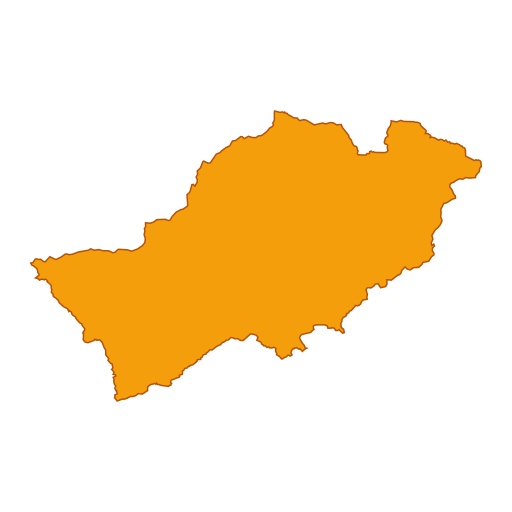 Barbosa, Antioquia, Colombia (Albers equal-area conic projection)
{"feature_id": "7082276B32709171288134", "entity_name": "Barbosa", "entity_type": "district", "adm_level": 2, "iso_a3": "COL", "parent_name": "Colombia", "parent_adm1": "Antioquia", "projection": "albers", "projection_center": [-75.359, 6.439], "detail": "fine", "context": "isolated", "style": "filled", "palette": "amber", "viewbox_px": 512, "rotation_deg": 0, "n_neighbors": 0, "source": "geoboundaries", "source_scale": "gbopen_adm2", "svg_char_len": 6053}
<svg xmlns="http://www.w3.org/2000/svg" viewBox="0 0 512 512"><path d="M306.7,348.2L305.1,347.7L304.4,345.6L302.3,343.1L300.0,339.1L299.6,337.4L300.8,335.2L302.4,334.3L310.7,332.4L312.8,330.2L314.0,329.5L313.4,328.1L313.4,325.9L314.7,325.1L317.1,324.9L324.6,324.8L327.3,325.9L327.9,328.2L331.2,328.2L331.8,327.7L334.3,328.2L335.6,330.5L337.2,330.6L339.0,329.7L342.6,333.2L344.3,332.6L343.6,329.2L341.5,327.7L341.0,325.8L340.9,323.5L341.8,321.4L342.1,318.9L343.3,317.4L345.7,316.3L346.8,314.6L346.3,314.0L346.6,313.6L348.8,312.8L349.3,311.2L351.3,310.5L355.7,305.4L357.5,305.9L358.8,305.4L360.7,303.9L361.6,301.5L363.1,300.0L367.3,299.2L366.8,297.6L367.4,294.3L366.2,290.6L366.2,289.2L367.1,288.0L368.5,287.6L370.8,288.0L373.7,286.2L375.4,284.2L376.3,283.9L378.1,283.8L380.6,287.7L385.6,286.6L387.0,284.1L386.8,279.8L391.4,280.1L397.2,275.6L399.8,274.4L400.9,273.2L402.0,270.1L405.1,267.0L407.4,269.2L410.2,269.9L413.6,267.7L418.7,267.4L421.9,264.4L423.0,262.4L428.6,261.3L431.6,256.7L433.9,254.9L434.0,253.4L432.4,250.8L432.3,249.5L432.7,247.8L434.5,245.9L433.8,244.1L431.9,245.5L431.4,244.2L431.3,242.8L432.9,239.1L431.9,235.4L435.4,229.7L437.7,227.9L440.2,224.8L441.9,221.2L441.8,219.4L440.7,217.3L441.1,212.1L440.8,209.3L443.8,203.4L446.9,202.7L452.4,199.1L455.1,198.4L455.6,197.8L455.2,195.8L453.7,194.0L452.0,189.8L449.7,186.8L450.0,184.5L450.9,183.3L453.6,182.3L456.0,180.5L459.5,178.8L462.9,179.2L465.7,177.6L469.7,178.1L475.5,177.6L475.7,175.7L479.3,171.5L479.8,168.3L481.3,166.6L480.9,161.8L480.0,160.8L478.6,160.0L477.0,160.3L476.2,159.8L474.3,160.5L465.7,156.1L465.4,149.8L464.6,147.9L462.9,147.4L462.2,146.1L460.9,146.0L459.6,144.8L456.5,143.4L455.0,144.0L451.6,143.1L450.5,143.5L449.6,141.8L447.7,142.2L445.9,140.0L444.5,141.0L441.5,139.4L440.1,139.4L438.7,140.2L434.5,137.8L431.4,137.1L430.1,137.5L430.7,135.9L430.3,135.3L427.9,133.6L425.3,133.5L426.2,131.5L426.0,130.4L420.8,125.7L420.1,123.4L417.6,122.3L415.4,122.3L414.1,121.7L403.7,121.4L400.9,120.4L396.7,121.9L391.1,120.8L391.2,122.5L390.2,126.1L388.4,128.3L386.8,132.3L386.9,133.6L387.9,134.8L387.8,136.1L385.4,138.1L384.3,142.1L384.7,143.7L387.0,144.5L387.7,145.3L387.2,147.7L388.0,150.6L386.8,152.0L384.5,152.6L374.6,152.4L373.8,151.8L372.2,152.1L371.1,151.1L369.7,151.6L369.4,153.5L367.0,153.6L365.7,155.1L358.0,154.8L357.3,153.4L358.1,150.9L357.3,149.6L356.9,147.2L356.2,146.4L354.3,146.0L353.4,145.0L352.1,142.6L351.3,140.1L349.0,137.4L348.6,135.3L342.4,127.5L341.2,124.5L336.6,124.8L333.3,122.9L330.6,122.5L325.6,123.9L322.7,123.0L314.3,124.9L306.1,120.1L303.6,119.7L299.6,120.6L297.1,118.0L293.9,117.9L287.7,114.3L286.9,113.2L285.0,113.1L284.7,112.1L283.8,112.6L282.4,111.9L280.1,112.4L274.7,111.0L274.3,112.2L274.4,119.4L273.9,121.4L272.8,123.0L273.4,125.3L272.4,126.5L269.7,128.0L267.1,131.3L262.5,134.9L260.9,135.7L258.4,135.9L256.0,137.6L252.4,137.5L248.4,136.3L244.3,138.6L242.2,136.7L240.7,136.6L235.7,140.5L232.5,141.0L229.7,145.9L226.3,147.4L221.6,150.8L220.0,152.6L216.3,154.1L210.3,162.9L207.8,163.1L203.8,161.1L203.0,161.5L200.4,167.9L197.2,171.1L197.7,174.1L196.1,177.0L197.3,179.6L197.1,182.3L194.9,186.1L193.3,184.4L191.9,184.6L190.1,191.3L189.3,192.7L187.0,194.6L187.7,205.1L187.3,206.2L183.0,209.2L180.8,209.6L176.0,212.3L172.2,216.4L169.9,220.4L167.9,220.4L165.4,219.3L157.5,219.6L156.5,219.8L153.8,222.0L150.2,223.2L145.5,222.8L145.6,226.7L144.4,228.6L144.9,231.0L144.1,234.8L145.3,238.3L144.9,242.5L142.5,245.6L137.5,249.0L131.7,251.2L127.2,249.8L118.7,249.3L117.3,250.0L115.2,252.1L113.1,252.8L108.7,250.8L102.9,250.7L98.7,249.6L93.9,250.2L90.7,248.8L88.5,250.2L78.7,251.9L72.6,254.2L69.0,254.7L67.1,254.0L65.2,254.1L61.4,256.9L56.3,259.4L55.1,259.3L49.9,256.7L45.1,261.9L43.5,261.5L40.7,259.3L38.2,259.4L36.3,258.8L35.1,259.3L33.0,262.5L30.7,263.1L31.9,265.2L33.4,265.8L36.6,268.4L37.7,270.7L37.8,272.4L39.0,274.3L38.9,275.4L35.5,277.9L37.9,278.6L39.5,280.1L41.6,279.1L44.5,279.8L44.9,279.2L46.2,279.6L47.5,280.8L47.1,281.4L47.4,282.0L49.6,283.6L51.4,286.0L51.1,287.9L51.8,289.7L51.3,292.2L53.1,294.3L53.1,295.9L53.9,296.9L55.8,298.0L58.0,300.1L59.3,302.8L63.6,306.7L67.6,308.8L68.1,310.2L69.1,310.6L68.8,311.5L70.0,311.2L71.4,312.2L72.1,314.6L75.4,317.0L76.2,318.9L79.8,322.9L81.8,323.9L82.1,325.3L84.8,328.9L84.4,330.6L83.4,331.4L83.5,332.6L82.8,333.0L83.4,333.8L83.5,336.6L83.1,339.4L84.4,341.3L85.1,342.1L88.0,342.7L94.1,340.4L94.8,339.2L96.2,340.2L96.8,339.6L97.6,340.2L99.9,339.9L102.3,342.7L104.2,347.7L105.7,350.1L105.8,354.9L108.7,358.6L108.0,360.4L110.7,363.5L112.1,363.9L112.3,365.8L112.9,366.8L112.5,368.8L111.6,369.3L114.1,372.2L113.1,374.4L115.4,374.8L115.9,376.0L113.2,377.3L114.1,379.7L113.7,381.1L114.2,383.6L115.7,386.2L114.8,388.3L116.1,390.8L116.5,390.6L117.2,393.8L114.8,395.0L115.0,396.6L114.5,397.7L117.2,401.0L122.4,399.1L124.4,399.1L127.0,398.3L130.6,396.3L132.1,396.7L135.6,395.7L138.2,393.7L142.5,394.0L147.6,390.6L147.7,386.8L150.5,384.6L154.6,383.6L155.5,384.1L156.5,383.1L157.2,384.5L157.9,384.3L161.8,385.5L168.6,386.4L169.8,385.2L170.6,385.3L171.6,383.3L170.6,382.6L170.9,380.7L171.5,380.0L175.8,378.5L176.4,377.9L178.5,377.6L179.7,376.7L179.3,375.2L182.4,374.3L182.5,371.0L183.6,370.4L184.8,368.5L187.2,367.9L188.5,366.3L189.6,366.3L190.2,365.5L192.9,364.7L196.2,362.1L196.3,361.4L197.2,361.0L197.3,359.7L200.7,359.4L200.9,357.8L201.9,357.4L203.2,354.9L206.1,354.0L206.6,352.8L208.3,351.7L209.7,349.9L212.2,349.9L216.9,346.2L220.7,344.6L222.0,342.8L225.0,341.5L225.4,340.6L228.6,339.8L230.7,337.6L232.9,337.8L234.8,338.8L238.0,338.7L239.4,339.9L241.4,340.6L243.2,340.5L250.1,334.3L252.1,333.9L256.5,335.3L258.0,337.4L256.8,340.2L260.8,342.1L262.0,344.4L263.3,344.9L263.5,345.7L265.4,346.0L266.8,347.3L269.0,347.0L269.5,347.8L272.1,348.0L273.7,347.3L275.8,348.3L275.6,351.4L276.6,353.1L276.6,354.8L279.6,356.6L281.5,358.9L282.4,358.9L284.7,357.3L286.0,357.0L288.0,355.2L289.1,355.3L290.0,356.1L291.8,355.3L292.0,354.7L291.0,352.9L291.3,351.4L292.4,349.2L292.9,348.8L293.9,348.9L294.4,348.1L296.8,347.8L298.7,349.1L300.4,349.1L302.4,351.4L305.2,348.9L306.7,348.2Z" fill="#f59e0b" stroke="#b45309" stroke-width="1.5"/></svg>